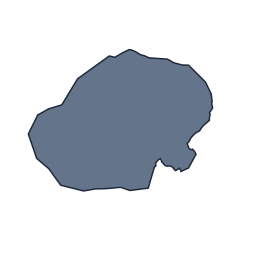 outline of Keffi, Nassarawa, Nigeria, rotated 48°
{"feature_id": "59680162B35305934518280", "entity_name": "Keffi", "entity_type": "district", "adm_level": 2, "iso_a3": "NGA", "parent_name": "Nigeria", "parent_adm1": "Nassarawa", "projection": "orthographic", "projection_center": [7.867, 8.837], "detail": "fine", "context": "isolated", "style": "filled", "palette": "slate", "viewbox_px": 256, "rotation_deg": 48, "n_neighbors": 0, "source": "geoboundaries", "source_scale": "gbopen_adm2", "svg_char_len": 1038}
<svg xmlns="http://www.w3.org/2000/svg" viewBox="0 0 256 256"><g transform="rotate(48 128 128)"><path d="M145.7,39.7L121.8,41.0L117.5,45.5L110.4,50.2L103.2,52.6L90.0,65.4L85.4,67.4L81.8,69.7L76.4,71.3L72.1,73.3L70.5,74.8L68.6,81.3L66.7,90.4L61.9,93.8L57.7,132.5L66.5,161.7L60.6,174.4L58.1,185.8L57.8,186.1L65.8,206.1L89.5,216.2L105.4,214.1L125.5,216.3L145.1,203.1L151.3,193.2L158.3,185.0L167.2,173.1L175.8,168.3L186.2,153.2L174.8,134.7L174.8,132.6L172.6,131.1L172.3,129.3L172.0,126.7L172.2,124.6L174.9,124.9L175.6,125.7L177.1,125.5L179.3,125.6L180.7,125.6L182.7,124.3L183.6,122.9L185.5,121.4L188.4,121.1L190.2,121.5L191.6,121.0L192.3,116.7L194.9,117.3L195.8,117.7L197.7,111.2L198.3,110.2L193.1,95.1L189.8,94.2L186.9,94.2L186.6,95.4L184.3,96.4L180.5,95.0L179.1,94.4L179.0,92.2L177.3,87.2L176.9,81.4L178.0,76.7L177.1,73.4L176.6,69.9L176.8,62.5L174.8,60.6L172.9,57.9L171.1,57.2L170.4,54.2L169.9,52.0L168.8,51.1L167.3,50.3L166.0,49.7L164.9,48.0L163.8,47.2L158.4,43.4L145.7,39.7Z" fill="#64748b" stroke="#1e293b" stroke-width="1.5"/></g></svg>